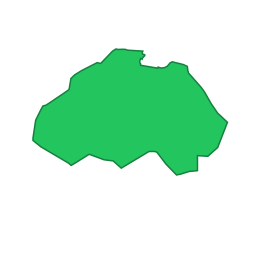 outline of Tai, Rivers, Nigeria, rotated 147°
{"feature_id": "59680162B30773772502776", "entity_name": "Tai", "entity_type": "district", "adm_level": 2, "iso_a3": "NGA", "parent_name": "Nigeria", "parent_adm1": "Rivers", "projection": "albers", "projection_center": [7.245, 4.762], "detail": "fine", "context": "isolated", "style": "filled", "palette": "green", "viewbox_px": 256, "rotation_deg": 147, "n_neighbors": 0, "source": "geoboundaries", "source_scale": "gbopen_adm2", "svg_char_len": 1147}
<svg xmlns="http://www.w3.org/2000/svg" viewBox="0 0 256 256"><g transform="rotate(147 128 128)"><path d="M95.0,200.8L99.0,200.9L115.8,197.0L118.2,199.6L135.4,201.4L143.8,201.6L148.9,200.6L156.0,192.9L156.9,192.4L157.3,192.3L164.0,192.1L182.6,191.8L184.3,191.8L187.3,192.8L191.3,190.7L199.6,185.8L201.2,184.8L213.1,171.4L213.3,171.1L214.5,169.3L211.3,159.6L197.0,130.9L196.1,127.6L192.4,127.4L175.1,127.1L174.7,126.9L165.5,114.5L158.4,108.5L155.5,98.0L123.3,96.9L119.2,94.3L118.9,94.1L117.1,92.4L116.8,90.1L115.8,77.0L112.9,62.2L109.2,60.7L100.3,58.2L93.0,54.4L92.9,54.5L84.8,67.0L76.5,60.8L63.4,62.8L41.5,78.6L44.7,91.6L45.0,103.0L44.2,116.7L44.5,122.1L46.2,133.8L46.8,137.9L47.3,140.9L46.7,143.2L44.7,147.4L46.9,150.9L50.1,154.4L52.5,156.8L54.6,159.3L57.0,159.7L61.4,158.4L64.3,158.7L66.1,159.5L67.7,160.3L69.6,162.7L70.5,162.0L74.2,165.4L83.3,173.8L82.5,174.9L82.5,176.0L81.8,177.7L80.3,178.8L79.5,179.4L78.7,178.0L78.3,178.6L77.0,178.9L76.4,179.2L74.6,179.5L74.1,180.0L74.3,180.8L75.2,181.5L75.5,182.6L74.8,183.6L73.7,184.4L86.2,193.7L87.2,195.2L89.2,196.7L93.7,199.4L95.0,200.8Z" fill="#22c55e" stroke="#15803d" stroke-width="1.5"/></g></svg>